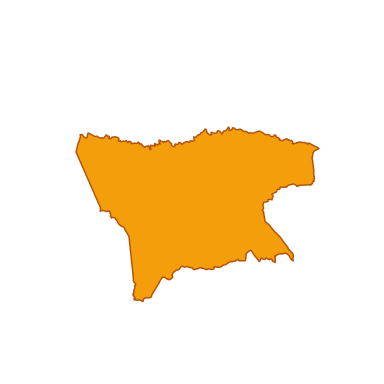 Mwenezi, Masvingo, Zimbabwe, rotated 133°
{"feature_id": "62879985B12430304395671", "entity_name": "Mwenezi", "entity_type": "district", "adm_level": 2, "iso_a3": "ZWE", "parent_name": "Zimbabwe", "parent_adm1": "Masvingo", "projection": "equal_earth", "projection_center": [30.689, -21.398], "detail": "fine", "context": "isolated", "style": "filled", "palette": "amber", "viewbox_px": 384, "rotation_deg": 133, "n_neighbors": 0, "source": "geoboundaries", "source_scale": "gbopen_adm2", "svg_char_len": 6049}
<svg xmlns="http://www.w3.org/2000/svg" viewBox="0 0 384 384"><g transform="rotate(133 192 192)"><path d="M226.5,312.8L227.0,311.8L228.4,310.9L230.5,310.0L232.0,308.9L233.4,308.9L241.8,304.1L264.5,251.5L264.9,250.3L265.9,248.2L268.5,246.0L267.4,245.6L266.5,244.8L264.8,241.9L264.6,241.2L262.5,239.8L262.4,239.1L262.6,238.1L263.4,237.4L263.7,236.3L265.3,235.2L265.7,234.3L265.4,233.8L265.6,233.3L264.9,233.3L264.7,232.5L263.6,230.9L264.3,226.1L265.0,225.2L265.4,224.1L265.2,223.0L265.4,222.6L265.2,222.1L265.3,220.6L264.7,219.7L264.2,217.6L265.1,215.7L266.7,210.2L267.2,209.1L267.3,208.0L292.7,178.7L297.0,174.1L297.5,173.2L297.6,171.1L298.1,170.0L299.8,169.9L300.2,169.0L301.6,168.2L302.8,167.9L303.6,167.1L304.0,167.1L304.6,166.1L305.9,166.0L307.2,165.3L307.0,164.7L307.7,164.5L308.2,162.4L308.1,161.8L308.5,160.9L309.2,160.6L309.5,161.1L309.6,160.8L309.9,161.0L310.2,160.4L309.1,159.5L308.8,158.7L308.3,157.9L307.6,157.6L306.8,156.8L306.3,155.9L306.0,154.8L306.1,154.1L305.7,153.5L305.1,153.3L303.2,154.4L301.7,154.3L298.5,151.0L296.4,150.2L294.3,151.4L281.2,154.0L278.3,155.0L274.6,155.4L273.1,153.8L272.6,150.6L271.4,148.5L269.2,148.0L267.4,147.9L266.3,150.1L263.7,150.7L260.3,150.3L259.6,149.7L257.6,148.8L256.5,148.7L254.4,149.2L253.3,148.8L252.1,146.3L251.4,145.7L250.4,145.2L249.6,144.4L248.9,142.5L247.5,140.5L247.5,138.1L247.3,137.4L246.9,137.0L245.7,136.6L244.3,135.6L241.5,134.2L241.1,132.9L240.2,131.8L239.1,128.8L238.6,128.2L237.6,128.0L236.9,127.5L235.4,125.0L234.3,124.0L233.6,123.7L233.0,123.8L231.5,124.8L229.2,121.4L227.0,119.7L224.3,119.3L221.9,117.8L217.4,116.8L216.4,116.1L215.6,114.9L214.3,114.5L213.4,113.6L211.6,112.8L210.1,112.4L209.8,111.9L210.2,110.9L210.1,110.5L205.9,106.2L204.0,107.2L202.8,108.4L201.4,109.3L200.6,110.2L197.1,110.3L196.6,109.9L195.1,109.7L194.7,109.5L194.5,108.9L194.6,107.5L195.1,106.2L195.9,102.6L196.5,97.4L197.0,96.0L196.9,95.5L196.4,95.3L193.1,96.2L192.9,96.0L192.6,94.3L191.9,92.9L191.4,92.6L189.9,92.8L189.4,92.4L189.0,90.0L188.6,89.1L187.6,89.0L187.2,88.6L186.8,87.3L187.6,86.3L187.4,84.8L186.7,83.2L183.9,85.7L182.4,87.7L182.1,87.2L179.8,86.9L178.2,86.2L177.1,85.3L175.9,83.8L173.4,82.5L172.6,81.1L172.3,78.6L172.4,77.4L173.3,75.1L173.6,73.2L173.6,71.7L173.2,71.2L171.9,72.9L170.3,73.8L169.0,75.1L168.3,76.8L168.0,81.1L168.1,82.4L167.3,83.8L166.8,86.0L166.4,89.6L164.9,96.4L164.5,102.9L164.8,105.1L164.2,107.1L164.1,109.7L163.5,112.0L163.5,114.7L163.8,118.6L160.3,122.7L159.2,124.9L158.4,124.9L158.2,126.0L157.8,126.2L157.5,126.6L157.6,127.5L157.2,128.3L155.7,128.2L155.3,128.4L154.5,129.3L153.5,131.0L152.7,131.4L152.6,131.7L150.9,132.3L150.2,132.3L147.5,130.1L146.6,130.2L145.6,131.2L144.0,129.6L143.2,128.3L139.6,130.0L139.2,131.9L136.6,131.3L135.0,130.3L134.1,130.4L132.0,131.4L130.3,129.7L129.4,130.1L129.0,130.7L128.6,130.8L126.1,128.7L125.6,127.8L124.2,126.4L123.4,126.2L121.4,126.2L116.9,123.3L116.6,122.9L116.1,120.7L116.3,119.3L115.2,118.3L113.9,118.1L109.0,113.3L106.5,111.1L106.1,110.0L104.1,109.7L101.9,110.7L100.9,110.1L100.5,110.7L98.5,111.9L95.4,115.8L92.8,118.0L88.2,123.7L87.6,124.1L85.4,127.2L80.6,130.3L78.4,130.5L73.8,128.9L73.9,130.3L73.8,130.6L74.4,132.2L75.9,137.4L75.9,138.0L76.2,138.6L76.5,139.7L76.8,139.8L77.1,140.3L78.2,140.0L78.2,141.6L78.7,142.3L78.8,143.1L79.3,143.8L79.6,144.0L80.7,145.2L81.4,146.6L82.7,147.9L83.0,147.9L83.5,148.5L84.1,148.5L84.5,149.0L85.1,149.0L86.8,150.4L87.4,150.3L87.7,150.6L88.0,151.8L86.9,152.3L86.5,152.9L86.5,154.4L87.4,155.2L87.9,156.8L88.2,156.7L88.3,156.9L88.5,157.6L88.4,158.9L89.0,159.5L89.8,159.6L91.9,160.5L92.5,160.5L92.7,161.2L93.3,161.7L93.6,162.4L94.5,163.3L94.3,163.7L93.4,164.1L93.6,166.6L94.2,167.4L93.5,169.5L93.8,169.8L94.1,170.6L95.3,170.3L95.9,170.5L97.5,171.8L97.6,174.6L97.9,175.4L99.8,177.1L101.2,183.9L102.0,184.7L107.7,187.7L108.7,189.4L110.1,190.5L110.9,193.8L111.2,194.4L112.0,194.9L112.2,195.6L112.9,196.5L112.7,197.2L113.0,199.2L113.6,200.0L114.7,200.6L116.5,202.6L116.6,204.8L117.0,205.9L118.0,205.9L118.9,205.5L119.6,205.4L121.5,206.7L121.3,207.3L120.0,208.2L119.8,208.7L119.9,209.6L123.8,208.9L124.6,209.2L125.6,210.2L126.2,210.4L128.7,209.5L129.2,210.1L128.7,212.2L129.0,213.9L129.5,214.8L130.3,215.0L131.1,214.3L132.1,214.3L134.1,216.0L134.4,216.6L134.8,218.1L135.3,218.5L135.7,218.5L136.8,216.9L137.5,217.2L138.2,218.2L138.4,220.2L138.0,222.2L136.7,223.9L136.8,224.9L137.2,225.4L141.0,224.9L142.5,225.8L144.9,225.5L146.3,226.6L149.1,226.4L149.6,226.7L150.4,228.2L151.2,227.5L152.6,225.6L153.2,225.5L154.6,226.5L155.8,228.2L156.6,228.2L157.5,227.8L157.9,228.2L158.4,229.8L159.1,230.5L161.5,231.5L163.6,231.6L164.0,232.4L163.9,234.3L164.5,235.2L165.9,234.9L167.0,235.0L167.7,235.8L168.0,236.7L168.5,237.0L168.9,236.9L169.5,235.9L171.2,236.1L171.7,237.0L171.7,238.8L171.4,239.4L170.7,239.7L170.6,240.1L170.7,241.0L171.0,241.7L170.5,243.4L170.5,244.0L170.7,244.5L171.2,244.9L171.9,245.2L173.0,245.1L173.5,245.6L173.8,246.5L175.0,246.6L175.2,248.0L176.1,249.3L175.9,250.8L176.3,251.3L177.5,250.8L178.0,249.7L178.2,248.6L178.5,248.2L179.7,249.5L180.4,249.1L181.0,249.3L181.8,250.8L181.8,252.0L182.1,252.3L182.9,251.9L183.2,250.5L184.2,250.9L185.8,253.9L187.3,253.2L188.3,251.8L188.9,251.3L189.4,251.4L189.6,251.9L188.0,254.0L187.7,254.8L187.7,255.2L188.7,255.7L190.0,256.9L190.7,256.7L191.5,257.0L191.7,258.6L192.0,259.6L191.5,261.4L191.5,262.0L191.6,262.3L192.4,262.6L192.6,263.0L192.1,264.1L192.1,265.0L192.4,265.4L193.7,265.2L194.0,265.4L195.0,266.7L196.2,268.0L197.2,268.5L197.8,269.5L197.7,269.9L197.1,270.5L197.5,272.2L198.0,272.7L199.3,272.5L199.7,272.7L199.3,275.3L200.7,275.4L202.2,277.5L203.1,277.7L203.6,278.1L203.7,278.5L203.4,279.2L204.5,280.1L204.8,280.7L204.6,281.0L203.8,281.2L202.9,281.9L202.7,282.4L203.0,283.9L203.6,285.2L204.3,286.1L205.0,286.5L206.3,287.8L208.2,287.7L209.3,288.7L209.5,289.5L208.6,289.6L208.0,290.5L208.2,291.3L208.8,292.3L208.6,293.2L208.9,293.6L212.6,293.3L215.6,296.6L215.9,299.5L217.6,300.8L219.3,307.4L219.7,308.0L220.9,307.8L223.1,306.2L224.4,306.0L224.9,306.2L225.4,308.3L224.9,311.5L226.5,312.8Z" fill="#f59e0b" stroke="#b45309" stroke-width="1.5"/></g></svg>